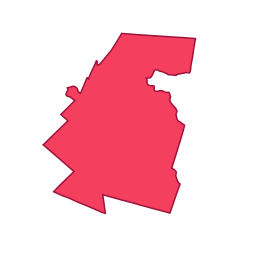 Mosteni, Teleorman, Romania, rotated 165°
{"feature_id": "2599482B94185736439228", "entity_name": "Mosteni", "entity_type": "district", "adm_level": 2, "iso_a3": "ROU", "parent_name": "Romania", "parent_adm1": "Teleorman", "projection": "natural_earth1", "projection_center": [25.488, 44.193], "detail": "fine", "context": "isolated", "style": "filled", "palette": "rose", "viewbox_px": 256, "rotation_deg": 165, "n_neighbors": 0, "source": "geoboundaries", "source_scale": "gbopen_adm2", "svg_char_len": 5527}
<svg xmlns="http://www.w3.org/2000/svg" viewBox="0 0 256 256"><g transform="rotate(165 128 128)"><path d="M216.3,85.7L215.9,85.3L213.2,83.1L210.9,81.2L209.2,79.9L204.8,76.7L204.4,76.5L203.5,75.8L201.7,74.4L196.1,69.7L191.2,66.0L187.1,62.9L175.3,53.5L172.0,51.4L169.6,70.2L166.5,68.2L159.9,64.3L155.4,61.7L152.5,59.9L150.1,58.6L148.4,57.6L147.0,56.8L142.5,54.3L141.1,53.4L139.6,52.5L136.8,50.8L131.3,47.6L127.0,45.1L122.2,42.3L118.1,40.0L114.0,37.6L109.6,35.0L104.6,42.2L102.0,46.2L96.1,54.8L95.5,55.7L94.0,57.7L92.2,60.4L93.1,61.7L93.3,62.1L93.6,62.8L93.9,64.5L94.2,67.7L94.2,69.5L94.2,69.8L94.1,70.0L93.3,71.5L93.1,71.9L92.9,72.4L92.9,72.6L92.8,73.1L93.0,73.8L93.3,74.4L93.6,75.1L94.1,75.7L95.0,76.7L95.2,77.0L96.2,77.6L94.8,80.0L94.0,81.3L92.9,83.1L89.5,88.4L88.3,90.3L84.2,96.9L83.1,98.6L77.1,108.2L75.8,110.3L73.5,114.5L72.7,115.9L72.6,116.0L72.8,116.2L73.1,116.5L73.4,117.0L74.0,117.5L74.5,118.1L74.9,118.7L75.1,119.0L75.3,119.4L75.6,119.7L76.6,120.7L77.1,121.3L77.6,121.9L78.1,122.7L78.2,123.0L78.3,125.8L78.3,126.7L78.2,127.8L78.1,128.1L78.1,128.5L78.0,129.0L77.9,129.2L77.7,129.5L77.3,130.1L76.9,130.5L76.6,131.0L76.4,131.3L76.3,131.5L76.3,131.9L76.3,132.1L76.6,132.9L76.7,133.5L76.7,134.0L76.8,134.5L77.0,135.0L77.6,136.1L78.0,136.9L78.6,138.2L78.8,138.6L79.1,139.1L79.3,139.7L79.4,139.9L79.7,140.1L79.8,140.3L79.9,140.6L80.0,141.0L80.2,141.4L80.2,141.6L80.2,141.8L80.2,142.1L80.2,142.4L80.4,143.0L80.4,143.5L80.4,143.8L80.4,144.1L80.3,144.3L80.0,144.9L79.9,145.2L79.9,145.5L79.8,145.8L79.3,146.3L79.0,146.7L78.8,147.2L78.7,147.5L79.0,148.2L79.0,148.5L78.9,149.0L79.0,149.4L78.9,150.4L79.0,150.8L79.1,151.2L79.3,151.6L79.5,151.8L79.8,152.1L80.1,152.2L80.7,152.2L81.0,152.3L81.4,152.4L82.1,152.6L82.5,152.8L82.9,153.0L83.2,153.2L83.5,153.6L83.8,153.8L84.2,154.3L84.5,154.5L84.8,154.6L85.2,155.0L85.5,155.2L86.1,155.3L86.7,155.7L87.1,155.8L87.6,155.8L87.9,155.9L88.1,155.9L88.6,155.8L89.8,155.8L90.4,155.9L91.1,156.1L91.5,156.2L92.0,156.5L92.3,156.8L92.6,157.0L92.7,157.3L92.8,157.6L92.8,158.0L92.8,158.4L92.5,159.4L92.2,160.3L91.9,160.9L91.9,161.1L91.9,161.3L92.0,161.6L92.2,161.8L92.4,162.0L92.9,162.3L93.1,162.4L93.4,162.4L93.8,162.6L94.5,162.8L95.2,163.1L95.6,163.2L95.9,163.3L96.2,163.5L96.6,163.8L97.3,164.3L97.5,164.6L97.6,164.9L97.7,165.2L97.9,165.7L98.0,165.9L98.0,166.7L98.0,166.8L97.8,167.1L97.8,167.3L97.6,167.8L97.4,168.4L97.3,168.8L97.3,169.4L97.3,169.9L97.5,170.6L97.6,171.0L97.6,171.3L97.3,171.0L96.4,171.1L95.9,171.1L95.4,171.1L94.8,170.9L94.6,170.8L94.3,170.8L94.0,170.8L93.1,171.0L92.4,171.4L91.8,171.9L90.9,172.7L90.0,173.7L89.3,174.7L88.8,175.4L88.3,176.0L87.7,176.5L87.4,176.8L87.1,177.0L86.7,177.1L86.3,177.1L86.1,177.1L84.5,176.4L84.2,176.2L83.5,175.5L83.1,175.0L82.7,174.8L81.9,174.3L81.2,173.9L80.7,173.8L80.5,173.7L80.3,173.6L80.1,173.3L79.9,173.1L79.5,172.8L79.2,172.6L78.8,172.3L78.7,172.1L78.4,172.0L78.2,171.9L77.4,171.2L76.9,170.8L76.4,170.4L76.0,169.8L75.9,169.6L75.7,169.5L75.5,169.3L75.2,169.1L74.9,168.9L74.7,168.8L74.0,168.6L72.8,168.3L71.5,167.8L70.3,167.3L69.8,167.0L68.8,166.7L68.5,166.6L68.3,166.5L68.0,166.5L67.6,166.5L67.4,166.7L67.4,166.9L67.3,167.1L67.2,167.2L66.9,167.2L65.6,167.0L64.9,167.1L64.6,167.0L64.2,166.9L63.8,166.8L63.4,166.7L62.3,166.8L61.7,166.8L60.8,166.7L59.6,166.5L57.9,166.5L56.9,166.4L56.7,166.3L55.7,165.8L54.9,165.4L54.6,165.3L54.4,165.3L53.6,166.2L53.5,166.3L53.4,166.4L52.9,167.2L52.6,167.9L52.2,168.8L51.1,171.9L49.1,176.1L47.6,179.1L45.6,183.8L44.9,185.4L43.8,188.0L42.9,189.9L42.4,191.0L40.7,194.7L39.7,196.8L41.6,197.6L51.5,201.1L53.7,201.8L60.9,204.2L68.7,206.9L74.9,209.0L80.2,210.8L91.5,214.6L100.6,217.8L105.3,219.4L109.6,221.0L111.8,218.8L113.8,216.9L120.6,210.5L121.7,209.5L123.9,207.5L127.2,205.1L130.8,202.5L134.4,200.0L136.0,198.8L137.8,197.6L138.3,197.2L138.5,197.2L138.9,197.0L139.5,196.6L140.0,196.6L141.1,196.5L141.2,196.9L141.3,197.9L141.2,198.1L141.0,198.6L140.8,198.9L140.7,199.1L140.5,199.4L140.4,199.8L140.5,200.0L140.6,200.4L140.7,200.7L140.8,200.8L140.9,201.0L141.1,201.1L143.8,197.6L147.8,192.9L150.2,190.0L151.4,188.5L152.7,186.9L153.6,185.7L154.3,187.1L154.5,187.1L156.9,184.2L157.0,184.0L158.5,182.1L159.7,180.5L162.9,176.4L163.9,175.1L165.1,173.8L165.8,174.8L166.3,175.8L167.0,176.9L167.0,177.1L167.0,177.3L166.8,177.6L166.7,178.1L166.7,178.3L166.7,178.6L166.8,178.9L167.3,180.1L167.4,180.3L167.6,180.7L167.9,181.1L168.2,181.3L168.6,181.6L170.1,182.5L170.4,182.5L170.6,182.6L171.2,182.6L172.6,182.5L173.4,182.5L173.7,182.4L174.0,182.4L175.2,182.5L175.8,182.6L176.2,182.6L176.3,182.5L176.3,182.4L176.1,181.5L176.1,181.1L176.1,180.6L176.2,180.2L176.4,179.9L176.6,179.6L177.0,179.3L177.3,179.1L177.5,179.0L177.6,178.7L177.8,178.3L178.0,178.0L178.4,177.8L178.6,177.7L178.9,177.2L179.1,176.9L179.2,176.5L179.2,176.2L179.2,175.8L179.1,175.5L178.9,175.1L178.8,174.9L178.6,174.7L178.3,174.4L177.8,174.2L176.9,173.6L176.5,173.4L176.2,173.1L175.8,172.7L175.5,172.4L175.2,172.0L175.1,171.9L174.8,171.7L174.7,171.6L174.4,171.2L174.3,170.8L174.2,170.6L174.0,170.3L173.7,170.0L173.0,169.3L172.9,168.9L172.5,168.6L172.1,168.4L173.1,167.8L173.4,167.6L174.2,167.1L174.7,166.9L175.6,166.3L176.9,165.6L178.0,164.9L183.1,162.0L184.5,161.2L185.1,160.8L187.6,159.4L189.0,158.7L189.4,158.4L187.0,154.7L185.6,152.8L184.2,150.5L214.3,133.7L211.1,129.1L206.0,121.5L205.9,121.6L205.1,120.3L204.4,119.2L203.1,117.3L201.3,114.7L200.5,113.4L199.1,111.5L199.0,111.3L198.0,109.7L194.1,103.9L193.1,102.4L191.4,100.1L195.1,97.9L198.6,96.0L203.9,93.0L205.6,92.1L210.6,89.2L213.7,87.3L216.3,85.7Z" fill="#f43f5e" stroke="#9f1239" stroke-width="1.5"/></g></svg>